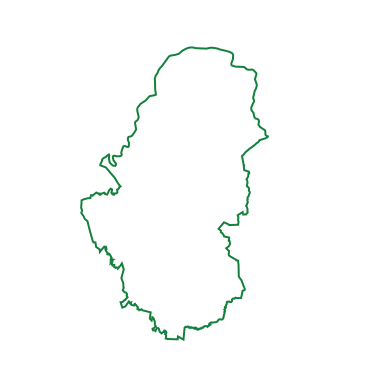 the district of Coahuayutla de José María Izazaga, Guerrero, Mexico, rotated 29°
{"feature_id": "50627088B68118257032926", "entity_name": "Coahuayutla de José María Izazaga", "entity_type": "district", "adm_level": 2, "iso_a3": "MEX", "parent_name": "Mexico", "parent_adm1": "Guerrero", "projection": "equal_earth", "projection_center": [-101.625, 18.294], "detail": "fine", "context": "isolated", "style": "outline", "palette": "green", "viewbox_px": 384, "rotation_deg": 29, "n_neighbors": 0, "source": "geoboundaries", "source_scale": "gbopen_adm2", "svg_char_len": 6065}
<svg xmlns="http://www.w3.org/2000/svg" viewBox="0 0 384 384"><g transform="rotate(29 192 192)"><path d="M231.4,106.6L229.7,106.7L228.8,106.5L228.2,105.9L226.7,103.4L225.9,102.6L220.2,102.2L218.4,101.4L217.3,100.6L216.3,97.6L215.2,96.6L214.2,96.4L211.8,96.9L210.6,96.5L209.5,95.5L207.6,93.1L204.3,91.6L203.1,89.8L202.7,88.4L202.3,82.4L201.8,81.6L200.1,80.5L199.5,79.2L199.1,77.3L197.9,73.4L197.8,70.3L197.2,67.9L196.4,66.4L192.4,62.9L191.2,57.5L190.8,57.0L189.3,56.4L186.0,55.5L185.3,55.7L182.6,57.5L180.7,58.1L179.5,58.0L178.3,57.5L176.7,57.5L169.2,61.3L165.6,62.0L164.8,61.7L164.1,60.7L163.4,56.0L161.5,52.1L160.2,51.3L157.8,51.1L155.1,51.6L146.6,54.0L145.4,54.0L142.3,55.0L138.7,56.5L135.1,59.6L125.7,64.3L122.7,65.2L120.5,66.4L118.6,68.0L116.9,70.2L115.2,72.9L113.5,77.5L110.4,80.6L107.5,82.8L106.8,83.5L106.1,84.8L104.6,96.8L104.0,99.1L103.7,101.3L104.1,104.6L103.9,108.2L104.5,110.9L106.3,113.6L109.9,119.9L113.1,124.1L113.1,124.7L112.7,125.2L108.7,128.5L108.2,129.5L107.2,134.2L104.3,139.8L103.6,143.8L103.7,145.5L104.2,146.6L105.0,147.8L108.9,152.1L109.4,153.6L109.5,155.2L109.4,156.0L108.4,157.9L108.6,159.1L112.6,164.1L112.8,164.7L112.8,166.7L112.4,171.2L111.9,172.6L109.9,174.5L109.7,175.3L110.5,177.4L112.9,179.4L114.6,182.7L114.5,183.3L114.1,183.9L110.8,184.3L110.1,184.9L109.8,185.7L110.2,188.4L110.9,191.3L111.2,192.2L112.4,193.4L112.6,194.5L111.6,195.7L108.6,197.4L107.2,197.6L106.2,198.1L105.8,198.5L105.6,199.2L106.0,200.1L107.9,202.3L112.1,204.3L112.4,205.5L112.0,206.5L110.1,207.2L107.6,206.8L105.6,206.0L103.0,202.9L102.0,200.3L101.2,199.5L100.5,200.4L99.9,202.5L98.0,205.7L97.7,206.8L98.3,209.4L98.5,212.4L98.8,213.1L104.8,212.3L117.6,217.1L123.5,220.5L126.7,221.8L126.0,222.5L126.3,223.8L126.1,224.5L126.1,225.3L125.3,226.2L126.9,228.4L126.9,228.7L126.6,229.7L126.1,230.2L125.3,230.5L125.0,232.3L123.7,232.4L123.5,232.0L123.3,232.4L121.8,231.7L121.2,229.0L120.7,228.5L119.2,228.5L118.7,231.1L119.0,233.4L118.9,235.5L116.7,235.9L116.0,235.1L115.6,235.1L113.7,237.3L113.4,238.5L112.7,239.2L111.5,238.9L111.6,238.3L109.6,239.0L108.6,238.9L106.7,243.5L105.9,243.3L105.2,244.0L106.0,246.5L104.0,247.9L101.0,250.7L99.5,252.8L102.8,259.7L104.8,261.3L105.3,264.0L109.0,265.8L111.2,267.5L114.7,268.2L121.5,275.5L129.2,283.2L130.3,283.8L132.0,282.9L134.7,286.5L139.1,286.9L140.4,289.0L141.9,281.5L142.0,282.1L142.3,282.2L143.2,281.7L143.4,282.5L144.0,282.4L144.8,283.4L143.9,283.9L144.1,284.3L146.0,285.6L147.5,286.0L147.8,287.1L148.7,286.6L148.7,287.1L149.1,287.3L150.0,286.4L150.4,286.6L152.5,287.8L152.9,288.4L153.5,288.5L153.5,290.0L155.8,289.3L155.2,290.4L154.5,291.0L154.3,291.8L154.6,292.5L155.2,292.9L155.5,293.9L156.3,292.4L156.7,293.9L157.8,294.4L157.9,294.8L158.2,294.8L158.4,294.1L158.7,294.2L159.4,293.5L160.5,295.5L161.0,295.5L161.0,296.0L161.3,295.4L161.7,295.4L161.7,295.0L162.3,294.9L162.4,294.6L163.7,294.3L164.3,294.9L164.7,293.2L164.5,292.7L165.1,291.4L165.3,288.4L169.8,292.7L172.0,301.6L176.0,305.0L178.5,308.9L178.8,309.0L179.1,311.5L181.6,312.3L183.4,312.0L184.9,313.1L185.1,314.4L186.7,315.3L185.9,317.8L186.0,318.7L185.5,319.0L184.6,321.8L183.0,323.0L187.1,326.9L189.2,324.4L189.8,318.3L190.3,318.3L191.0,319.1L191.6,319.4L192.3,318.3L192.6,319.3L193.0,319.9L194.9,319.9L196.4,319.3L196.5,319.0L196.1,317.7L196.3,317.5L196.7,318.0L197.8,317.9L199.5,318.9L200.3,318.9L200.8,319.6L201.0,320.8L201.3,320.8L201.9,320.3L203.1,321.0L204.8,319.0L205.9,319.5L214.2,317.3L216.5,323.2L219.0,324.0L218.1,320.8L219.3,320.9L222.5,323.6L223.8,326.0L225.4,327.0L224.7,329.4L223.8,330.8L224.9,331.9L226.2,331.1L227.4,331.4L227.3,328.0L228.5,327.4L229.5,327.8L231.5,329.9L233.9,330.4L234.2,329.1L235.1,328.1L235.6,328.0L235.6,327.5L234.9,326.7L235.3,326.3L236.9,326.6L237.7,327.2L237.9,328.2L237.4,329.1L237.4,329.4L238.3,329.5L238.9,329.9L239.5,331.3L239.8,331.6L240.1,332.9L241.9,332.4L250.9,327.8L249.8,325.2L256.1,325.2L251.3,314.3L251.8,313.0L252.5,313.0L253.6,311.6L254.7,312.0L254.9,311.7L255.2,312.1L256.1,312.0L256.6,310.8L257.4,311.0L257.7,310.5L259.0,310.4L259.1,310.0L260.1,309.4L260.4,310.3L261.1,310.1L261.5,309.5L261.2,309.4L261.2,308.9L261.7,308.7L262.5,309.6L262.8,309.2L264.0,309.6L264.5,308.0L264.8,307.8L265.2,308.0L265.7,306.8L266.4,306.9L266.8,305.9L266.8,305.3L267.5,305.2L268.0,303.2L269.8,302.3L271.0,302.4L271.1,301.9L270.4,301.9L271.4,301.2L272.4,299.0L272.0,298.9L271.7,299.3L271.1,299.4L271.0,299.2L271.0,298.5L271.7,297.6L272.0,296.7L272.9,296.5L276.2,294.1L276.6,293.6L277.1,292.1L277.0,291.4L277.6,290.2L278.1,289.8L280.0,289.1L280.5,288.1L280.6,287.4L280.2,286.5L280.2,285.5L279.4,283.9L279.5,282.9L278.8,281.5L278.8,280.9L278.4,281.0L278.3,279.7L277.7,279.3L277.6,278.8L277.3,278.8L277.6,277.8L277.4,277.6L277.5,276.8L276.9,276.8L277.0,276.4L276.6,276.3L276.9,275.2L276.6,274.4L276.7,273.0L275.8,271.3L276.0,270.9L277.1,270.3L277.5,269.8L278.9,269.8L279.7,269.2L279.9,267.8L279.1,266.8L279.2,266.1L279.6,265.2L280.9,264.7L280.9,264.1L281.3,263.3L282.7,263.0L286.3,261.0L285.1,256.7L284.1,253.9L285.2,252.8L285.5,251.8L285.2,251.3L278.2,245.3L274.0,243.4L267.9,233.0L265.5,229.7L263.8,230.3L263.4,229.9L257.0,229.8L254.9,229.5L254.5,229.1L253.0,225.7L249.2,224.6L250.5,221.7L250.5,219.1L248.7,216.7L247.8,216.9L246.6,213.8L241.6,215.3L240.8,214.5L238.4,213.3L236.7,213.2L236.0,211.8L233.1,211.3L234.7,203.0L239.1,202.6L240.5,202.9L248.2,198.3L247.2,195.6L245.5,193.7L245.3,192.6L244.5,191.2L243.7,190.8L243.2,190.2L246.0,185.0L246.8,186.0L247.9,186.9L249.1,185.9L250.2,185.4L250.6,182.8L249.6,181.6L249.2,180.6L248.0,179.1L246.0,177.8L246.2,176.5L245.8,176.0L245.8,173.8L244.6,172.8L244.4,171.6L243.9,171.4L243.6,170.4L243.2,169.7L243.6,168.3L243.1,167.0L243.0,164.8L242.2,163.8L241.3,163.4L241.1,162.7L240.4,162.1L240.0,161.0L238.8,160.5L237.4,160.4L237.1,160.1L236.0,156.9L234.6,155.0L233.6,154.6L233.5,153.1L233.7,151.6L232.4,148.4L233.0,147.9L231.9,146.6L227.1,147.6L224.4,143.7L224.6,143.4L223.7,142.8L218.3,136.3L219.0,134.6L219.4,131.4L221.5,126.0L223.8,121.1L225.1,117.4L225.7,116.5L226.0,115.3L225.8,114.1L230.1,109.6L231.4,107.5L231.4,106.6Z" fill="none" stroke="#15803d" stroke-width="2"/></g></svg>